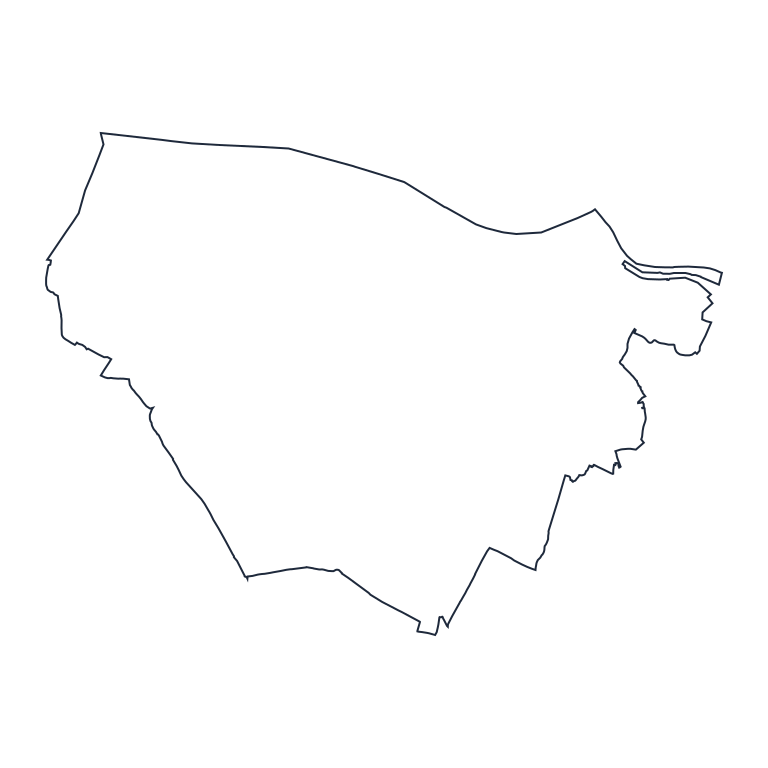 the district of Somova, Tulcea, Romania
{"feature_id": "2599482B80721058448437", "entity_name": "Somova", "entity_type": "district", "adm_level": 2, "iso_a3": "ROU", "parent_name": "Romania", "parent_adm1": "Tulcea", "projection": "mercator", "projection_center": [28.654, 45.188], "detail": "fine", "context": "isolated", "style": "outline", "palette": "slate", "viewbox_px": 768, "rotation_deg": 0, "n_neighbors": 0, "source": "geoboundaries", "source_scale": "gbopen_adm2", "svg_char_len": 6036}
<svg xmlns="http://www.w3.org/2000/svg" viewBox="0 0 768 768"><path d="M595.0,209.3L592.7,211.0L590.9,212.0L577.7,218.0L541.2,232.5L516.3,234.0L504.0,232.5L501.5,232.0L486.3,228.1L476.0,224.4L446.6,207.8L445.4,207.3L444.6,207.1L404.3,182.1L378.1,173.8L354.8,166.7L353.5,166.2L288.6,148.5L262.9,147.0L219.2,145.0L192.0,143.4L171.3,141.1L162.0,139.9L100.8,133.0L101.0,134.3L103.5,144.4L99.4,155.2L92.3,173.3L85.1,190.4L78.7,213.2L73.4,221.3L66.1,231.8L47.2,259.7L48.5,259.8L50.9,260.5L50.7,262.4L50.3,264.7L50.0,264.9L49.0,265.0L48.7,265.1L48.4,265.7L47.7,268.9L46.2,277.6L46.1,280.2L46.1,284.0L46.3,285.7L47.0,287.4L47.3,288.8L47.8,289.8L50.5,291.8L51.0,292.0L53.0,292.4L53.5,292.8L54.2,293.9L54.6,294.3L57.8,295.9L58.2,299.0L59.6,308.1L61.1,314.5L61.2,315.6L61.1,316.3L61.4,318.1L61.6,320.3L61.5,327.9L61.8,334.4L61.9,335.0L62.5,336.3L63.6,337.8L65.5,339.3L68.2,340.9L71.3,342.9L74.9,344.9L75.5,344.3L76.9,342.6L78.3,343.6L79.2,344.0L82.3,344.9L85.1,346.9L86.7,349.3L88.1,348.7L98.6,354.5L104.1,357.2L107.5,357.1L111.2,359.2L109.0,362.7L104.1,370.1L100.8,375.5L104.9,377.4L107.5,378.1L109.5,378.1L110.8,377.9L113.4,378.3L118.6,378.7L119.7,378.6L123.5,378.7L129.0,379.3L129.7,384.1L129.9,385.1L130.8,386.5L131.3,387.6L131.7,388.2L132.8,389.6L133.8,390.5L135.7,393.1L137.5,395.1L138.2,395.8L139.2,396.9L141.0,399.2L142.9,402.0L144.0,403.4L146.4,406.2L149.6,408.3L150.1,408.5L150.4,408.5L152.9,407.8L152.0,409.1L151.5,410.3L150.9,412.0L150.3,413.5L149.9,414.7L149.8,415.8L149.9,418.8L150.1,419.7L150.5,421.1L151.5,422.7L151.6,423.2L151.8,424.8L152.0,425.6L153.2,428.2L153.9,429.4L156.0,431.9L157.3,434.1L157.5,434.0L158.6,435.1L159.0,435.7L162.0,441.8L162.5,443.5L163.2,445.0L163.6,445.7L164.7,447.2L168.6,452.5L173.1,458.9L172.9,459.7L176.6,465.9L178.7,470.0L181.3,475.6L183.7,479.2L186.1,482.3L201.3,499.1L204.6,503.8L208.3,510.2L209.4,512.0L210.7,514.4L213.4,519.9L218.6,528.5L225.9,541.6L232.7,554.3L234.0,556.3L233.9,557.2L237.1,561.0L244.8,576.1L244.7,576.4L244.8,576.5L246.0,576.9L246.5,577.2L246.9,577.6L247.4,578.7L247.6,576.5L252.6,575.9L257.8,574.6L259.6,574.3L262.0,574.0L264.7,573.8L270.7,572.8L273.1,572.3L280.5,571.0L286.4,569.8L290.0,569.3L291.9,569.2L306.8,567.3L306.8,567.2L313.3,568.3L313.7,568.5L319.3,569.5L322.2,569.4L323.9,569.7L328.2,570.9L331.5,571.1L333.6,571.1L335.8,569.9L336.8,569.7L338.0,569.8L338.9,570.1L341.3,572.5L341.8,572.9L341.8,573.5L348.3,577.9L368.8,593.0L370.4,594.7L382.1,601.9L398.4,610.4L401.5,611.9L419.6,621.6L419.9,621.8L419.9,622.2L417.4,630.9L417.4,631.4L418.7,631.7L422.2,632.1L427.2,632.9L429.1,633.3L435.1,635.0L436.4,632.7L436.8,631.9L436.9,631.3L437.8,627.4L438.4,624.4L439.4,617.4L439.6,617.1L441.1,617.3L442.0,616.8L442.3,616.7L442.5,616.8L443.5,619.2L443.8,619.6L447.0,625.9L447.8,626.7L447.9,624.6L448.5,623.3L452.2,616.1L459.7,602.7L460.2,601.6L460.8,600.9L463.6,596.0L465.2,593.3L466.9,589.9L469.6,585.2L470.4,583.5L473.0,578.7L475.1,574.5L475.0,574.3L475.1,574.0L481.8,560.8L487.1,551.3L489.6,547.9L494.0,549.8L497.6,551.2L511.2,558.3L514.2,560.5L522.0,564.5L527.2,566.9L532.0,568.8L535.5,570.0L535.7,567.6L536.1,565.5L536.4,563.6L536.6,562.8L536.9,562.0L537.8,560.1L540.3,557.6L541.7,555.2L542.5,554.5L543.6,552.6L544.0,551.5L544.3,550.2L544.4,549.5L544.5,547.6L544.7,546.1L545.9,544.5L546.8,542.7L547.9,539.8L548.1,539.1L548.2,535.8L548.6,533.3L548.6,532.3L548.5,531.3L549.0,529.5L554.7,511.0L558.3,499.4L563.8,480.3L565.3,475.4L568.8,476.3L569.5,476.7L570.0,477.3L570.5,480.0L571.9,480.3L572.1,481.2L572.9,481.8L573.1,481.7L573.8,481.1L575.2,480.7L575.7,480.2L576.7,478.8L578.2,477.1L579.2,475.5L579.3,475.1L580.0,475.1L580.9,475.4L582.3,475.3L583.6,474.9L584.5,474.5L585.1,473.7L586.2,471.0L587.3,470.4L587.8,469.3L589.5,465.6L591.5,466.3L591.4,467.0L592.0,467.1L592.4,466.2L593.3,466.2L593.7,464.9L594.2,464.9L597.9,466.9L602.4,469.0L611.1,473.3L612.7,473.9L613.2,473.7L613.3,469.9L613.9,465.8L614.0,464.9L614.7,465.1L615.3,465.1L615.7,464.4L615.3,463.2L616.0,463.0L617.3,463.1L618.5,464.0L618.5,465.8L619.2,467.6L620.0,467.2L620.6,466.7L617.4,458.3L616.7,455.8L616.5,454.2L615.4,451.2L620.4,449.6L622.0,449.3L628.0,448.8L630.4,448.8L635.0,449.5L635.9,449.6L643.8,442.7L641.2,439.4L641.9,437.4L642.1,436.5L642.7,430.7L643.4,426.8L644.0,424.9L645.2,421.4L645.7,419.1L645.7,417.3L645.2,413.8L644.8,411.6L644.6,408.4L644.2,408.3L642.3,408.2L642.2,407.8L644.0,407.3L643.7,405.7L643.7,404.0L643.2,403.3L642.8,402.2L642.5,402.0L640.9,402.7L638.1,403.1L638.1,402.2L640.3,400.0L642.2,397.8L645.3,396.3L642.8,393.1L642.5,392.2L642.4,391.7L642.2,391.8L641.7,390.9L641.2,390.1L640.7,388.7L640.4,388.1L640.5,388.0L640.7,387.3L640.6,387.0L639.6,386.6L639.3,385.9L638.5,385.6L638.4,384.8L637.0,381.8L636.9,380.8L636.2,380.4L632.9,376.3L631.6,375.1L630.1,373.3L624.0,367.4L623.2,365.7L620.5,363.6L619.8,362.5L620.1,361.4L622.2,358.9L622.7,357.4L623.7,355.9L624.7,354.6L626.7,351.2L627.5,347.9L627.5,343.9L629.0,338.6L632.5,332.2L634.5,329.1L635.7,330.0L634.4,333.0L642.2,336.4L644.3,337.8L645.7,339.1L648.1,341.8L649.4,342.7L650.6,342.8L651.1,342.7L652.0,342.3L653.3,340.9L654.2,340.2L655.4,340.4L657.0,341.6L659.0,342.7L660.8,343.2L664.3,343.7L668.7,344.7L673.8,344.7L674.4,345.1L674.7,347.1L675.2,349.1L675.9,350.8L676.9,352.3L678.7,353.7L680.2,354.5L682.3,354.9L685.0,355.3L689.5,355.3L692.0,354.7L695.2,352.3L696.9,353.8L699.6,350.7L699.9,346.5L705.4,335.9L711.2,322.4L706.4,321.2L702.2,319.4L702.6,312.4L712.5,303.3L707.7,297.3L710.9,294.4L697.8,282.7L685.2,277.7L669.7,278.7L668.6,280.0L667.1,279.8L667.1,279.1L659.9,279.5L647.9,279.1L642.6,278.2L639.5,277.0L625.2,268.2L625.0,266.0L622.6,264.1L624.7,261.1L642.4,272.3L657.6,272.9L659.9,272.4L663.0,273.7L669.9,273.8L673.9,273.0L685.5,273.0L690.6,274.2L691.6,274.9L695.8,275.1L700.8,276.7L701.0,277.1L718.9,284.7L721.9,272.8L720.7,272.5L715.3,270.1L709.9,268.4L703.8,267.5L688.4,266.6L678.7,266.8L674.2,267.0L672.9,267.4L664.3,267.3L655.0,267.0L644.1,265.3L636.4,263.7L630.8,259.2L627.0,255.8L621.2,248.3L617.2,240.7L613.2,232.3L609.5,226.5L605.5,222.2L601.3,216.8L595.0,209.3Z" fill="none" stroke="#1e293b" stroke-width="2"/></svg>